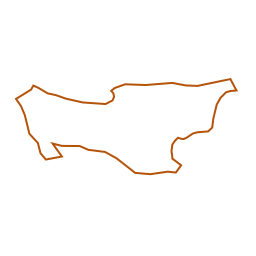 the Municipality of Kobarid, rotated 357°
{"feature_id": "SVN-1029", "entity_name": "Kobarid", "entity_type": "Municipality", "adm_level": 1, "iso_a3": "SVN", "parent_name": "Slovenia", "parent_adm1": "", "projection": "natural_earth1", "projection_center": [13.548, 46.244], "detail": "fine", "context": "isolated", "style": "outline", "palette": "amber", "viewbox_px": 256, "rotation_deg": 357, "n_neighbors": 0, "source": "natural_earth", "source_scale": "10m", "svg_char_len": 844}
<svg xmlns="http://www.w3.org/2000/svg" viewBox="0 0 256 256"><g transform="rotate(357 128 128)"><path d="M44.3,155.2L39.3,148.6L37.2,138.2L29.3,128.7L29.2,128.5L25.6,109.6L22.3,100.6L17.7,93.1L33.2,84.6L35.7,80.7L40.7,83.3L49.6,89.2L57.7,91.4L67.4,95.4L84.1,100.1L106.8,102.9L114.0,99.7L115.7,96.1L115.2,92.6L113.2,90.0L117.0,87.3L127.5,84.2L147.9,86.0L174.6,85.3L187.7,88.5L199.6,89.6L232.8,84.5L238.3,96.2L232.3,96.4L227.7,97.5L221.9,102.8L217.8,109.3L213.7,123.1L212.1,132.0L207.8,135.6L197.1,135.9L192.5,136.9L185.8,140.9L183.1,141.9L180.7,141.6L177.5,140.4L174.5,142.9L171.4,146.9L170.2,153.4L170.7,157.9L170.7,160.9L179.1,168.0L173.5,174.9L173.4,175.0L165.4,173.7L147.9,175.3L132.8,173.2L114.9,157.6L103.8,150.7L87.2,147.7L78.9,143.5L61.1,142.4L51.9,139.6L60.5,153.0L44.3,155.2Z" fill="none" stroke="#b45309" stroke-width="2"/></g></svg>